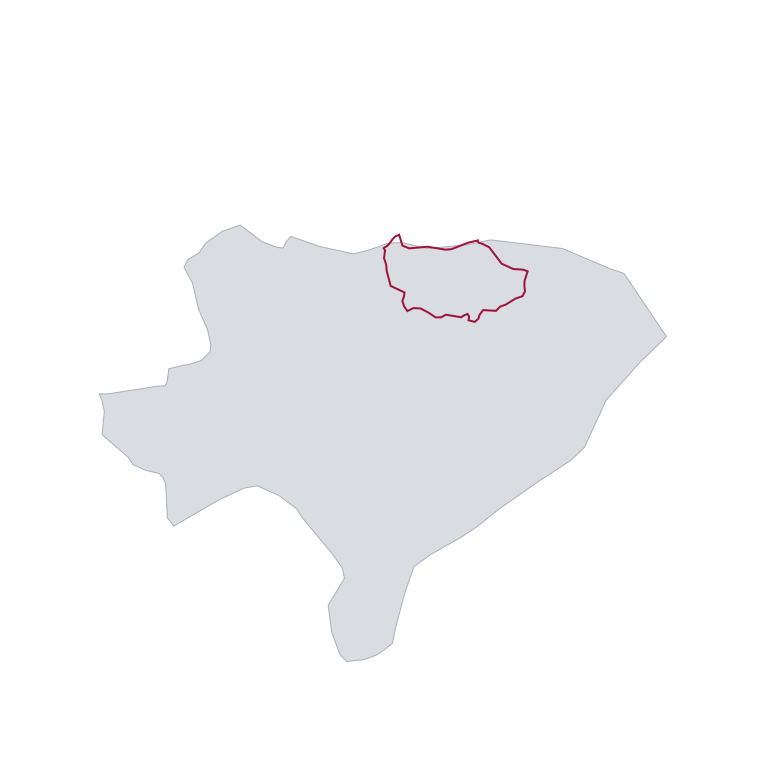 location of Rutana within Burundi, rotated 235°
{"feature_id": "BDI-2634", "entity_name": "Rutana", "entity_type": "Province", "adm_level": 1, "iso_a3": "BDI", "parent_name": "Burundi", "parent_adm1": "", "projection": "orthographic", "projection_center": [30.114, -3.886], "detail": "fine", "context": "in_parent", "style": "outline", "palette": "rose", "viewbox_px": 768, "rotation_deg": 235, "n_neighbors": 0, "source": "natural_earth", "source_scale": "10m", "svg_char_len": 1836}
<svg xmlns="http://www.w3.org/2000/svg" viewBox="0 0 768 768"><g transform="rotate(235 384 384)"><path d="M539.4,145.1L534.6,151.5L512.3,196.9L508.0,203.7L510.5,207.9L519.9,216.5L514.4,230.8L512.1,234.6L508.0,248.0L510.2,260.2L515.6,264.8L530.0,270.7L551.6,275.0L577.1,285.2L594.3,287.1L598.3,294.4L597.5,307.6L601.7,319.0L601.8,339.4L596.7,357.4L570.4,365.8L556.9,375.0L553.2,379.6L556.5,385.0L558.3,392.3L533.6,410.2L508.1,433.6L502.1,449.4L497.0,468.0L489.6,479.9L470.2,497.1L450.5,531.6L440.8,554.1L392.5,608.0L349.5,634.8L336.9,644.0L260.8,642.5L255.0,606.2L243.3,556.6L217.1,511.8L214.3,493.1L215.5,457.0L215.6,406.2L213.8,378.9L214.3,359.0L217.6,324.4L217.2,303.8L199.9,279.9L178.5,254.6L166.8,242.2L166.2,232.2L166.2,222.9L169.7,209.4L178.0,194.4L187.5,192.7L210.6,198.7L234.8,211.4L247.6,240.2L257.4,244.3L275.2,244.2L320.7,240.4L332.0,240.9L352.7,234.0L373.2,221.9L379.1,209.3L383.9,181.1L388.2,130.4L398.7,129.8L427.4,147.9L433.6,149.1L439.7,148.5L449.6,139.5L461.9,132.2L470.9,132.4L504.2,124.0L522.1,139.3L533.4,144.0L539.4,145.1Z" fill="#d9dde1" stroke="#a8b0b8" stroke-width="1"/><path d="M495.5,461.6L495.3,466.1L496.3,470.2L497.7,474.0L498.4,477.7L497.6,482.0L486.8,478.5L480.7,482.4L471.4,498.5L458.7,511.5L455.8,516.5L451.5,534.0L447.8,543.1L447.7,543.0L445.6,542.5L442.4,545.0L435.6,548.6L415.0,549.4L404.1,555.8L397.8,563.6L393.9,566.3L387.8,558.2L383.5,555.1L379.0,552.6L376.5,547.8L378.6,540.6L379.2,529.2L380.8,523.7L379.7,517.7L387.7,507.6L386.0,502.3L383.3,498.6L382.8,493.9L387.8,489.8L390.4,492.4L393.5,492.6L394.3,489.2L394.4,485.5L405.2,474.5L405.9,469.0L408.9,464.5L416.9,461.4L424.9,457.3L429.3,451.7L430.3,445.0L436.1,445.0L441.5,446.7L444.3,450.6L447.2,453.3L460.5,445.7L474.9,451.0L480.7,454.3L487.1,456.2L492.8,461.5L495.4,461.6L495.5,461.6Z" fill="none" stroke="#9f1239" stroke-width="2"/></g></svg>